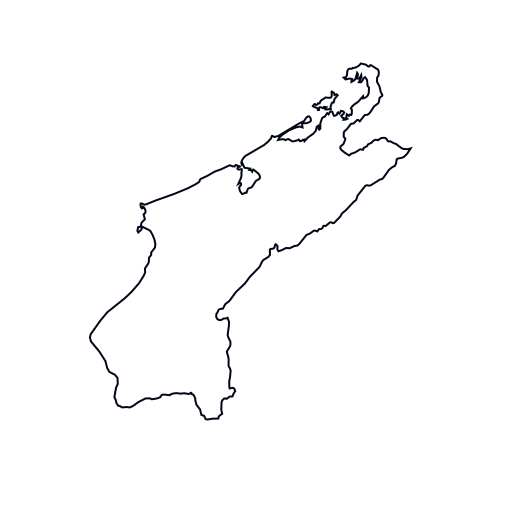 map outline of Rio de Janeiro (Albers equal-area conic projection), rotated 156°
{"feature_id": "BRA-627", "entity_name": "Rio de Janeiro", "entity_type": "State", "adm_level": 1, "iso_a3": "BRA", "parent_name": "Brazil", "parent_adm1": "", "projection": "albers", "projection_center": [-43.333, -22.065], "detail": "fine", "context": "isolated", "style": "outline", "palette": "ink", "viewbox_px": 512, "rotation_deg": 156, "n_neighbors": 0, "source": "natural_earth", "source_scale": "10m", "svg_char_len": 6083}
<svg xmlns="http://www.w3.org/2000/svg" viewBox="0 0 512 512"><g transform="rotate(156 256 256)"><path d="M442.8,175.3L443.3,178.4L442.7,181.7L442.8,184.7L437.4,192.6L434.3,195.4L432.1,201.0L433.2,204.9L437.1,209.8L437.5,214.3L436.3,221.3L437.9,232.1L441.5,245.0L440.9,249.1L438.7,251.9L424.6,260.2L414.7,265.1L393.3,270.7L384.7,273.7L374.0,278.7L366.8,283.5L363.9,286.1L362.6,289.7L357.7,292.8L356.3,294.2L354.5,297.9L351.3,299.6L350.3,301.9L345.0,304.7L343.1,307.7L342.1,312.3L341.9,317.3L342.3,321.7L343.3,323.4L347.9,328.9L350.1,326.7L354.0,325.3L354.1,327.2L352.0,330.3L350.2,329.7L349.0,330.4L346.8,333.1L342.5,334.8L341.8,339.8L339.6,340.4L338.8,341.6L338.3,343.7L338.6,345.9L339.3,347.0L340.2,345.8L340.8,345.8L341.2,347.3L341.1,348.5L340.1,350.8L338.8,350.3L337.1,348.3L335.9,347.9L324.8,347.5L305.6,346.0L290.8,345.6L282.0,346.1L277.7,346.8L276.0,348.6L275.1,348.9L268.1,349.0L259.2,349.9L252.6,349.4L243.1,349.6L240.8,347.4L239.1,346.5L237.6,347.4L233.7,343.9L236.3,344.6L237.4,343.6L237.4,342.7L236.7,342.0L233.8,341.2L234.1,340.0L235.6,337.8L236.5,335.3L238.4,333.0L242.9,329.0L241.1,329.2L240.3,328.8L240.3,328.0L240.8,326.9L242.9,326.0L243.8,324.8L244.2,321.6L243.5,318.3L242.3,318.0L239.9,318.2L239.0,317.6L236.3,320.5L235.2,320.9L232.7,320.5L231.7,320.7L225.5,324.7L221.8,325.0L220.4,326.0L219.9,328.2L220.3,330.3L223.2,336.0L223.9,336.0L225.2,334.6L225.6,336.4L227.1,337.4L225.8,338.2L230.7,341.4L230.7,346.0L231.7,345.3L231.6,347.1L229.9,349.1L227.4,350.7L225.2,351.7L203.5,354.1L198.9,355.4L194.5,357.3L192.7,359.2L192.2,359.1L190.9,357.3L187.0,356.6L163.1,359.5L157.1,359.8L153.9,361.9L152.0,362.4L150.5,361.8L150.1,359.5L150.7,357.4L152.1,356.6L155.6,356.7L158.8,358.1L159.9,358.0L160.4,357.5L161.2,354.5L163.3,356.4L166.9,357.2L174.6,357.4L182.4,356.1L186.5,354.7L188.6,353.0L184.6,352.1L182.8,351.0L182.1,349.9L180.6,350.0L178.8,349.6L176.2,346.0L174.8,345.4L170.5,344.8L169.6,345.0L169.0,342.9L167.6,342.7L165.7,343.0L163.7,342.5L165.1,341.8L165.1,341.1L160.2,343.2L154.0,344.4L150.4,346.1L147.9,349.4L146.1,349.7L147.1,346.6L146.8,345.7L145.5,346.1L143.3,351.0L139.9,354.7L138.7,355.4L136.4,355.4L133.1,357.5L132.7,357.5L132.1,355.9L129.9,357.5L128.3,357.3L127.7,356.9L127.8,352.4L127.0,352.1L125.0,352.0L123.3,353.6L122.4,353.8L122.0,352.0L120.6,352.8L119.4,354.1L117.3,352.4L117.1,351.1L118.3,350.2L121.1,349.4L121.1,348.5L120.6,347.0L119.6,346.3L119.5,345.8L120.6,344.9L118.8,344.2L116.7,344.2L117.3,345.8L115.4,348.5L114.2,346.3L112.8,347.1L111.6,346.1L110.5,347.2L108.9,350.7L109.3,352.2L107.3,353.6L104.5,354.5L100.0,355.3L93.3,358.4L93.9,356.4L90.8,356.3L88.5,357.2L86.8,358.9L84.2,363.9L84.9,365.9L83.2,370.9L83.0,372.1L83.6,375.0L85.4,374.6L87.6,372.9L89.5,372.0L91.3,372.9L86.9,376.5L86.3,378.5L88.6,376.6L90.1,376.3L91.5,377.0L89.3,379.9L88.9,380.9L89.1,382.2L92.6,377.9L93.8,376.9L95.5,376.4L98.0,376.2L97.3,377.5L96.2,378.4L97.9,379.9L102.4,380.9L103.3,383.3L101.2,382.7L99.5,384.0L97.5,387.6L95.5,389.2L93.9,388.9L92.4,388.1L91.0,388.4L89.5,387.8L86.9,387.7L84.1,388.2L81.9,389.2L78.0,386.3L76.2,383.3L75.2,383.1L74.4,383.8L73.3,383.5L68.7,376.6L68.9,374.2L70.5,371.2L72.7,369.8L74.6,366.0L74.2,360.8L75.3,355.1L75.1,351.6L75.4,351.1L78.8,350.2L80.9,347.0L82.2,345.8L87.4,344.6L92.5,341.2L95.0,340.0L96.7,339.7L99.4,340.5L106.4,336.8L107.3,338.7L108.3,339.1L112.8,337.4L115.5,338.1L121.6,334.8L124.7,333.9L125.7,332.8L127.1,329.9L127.3,328.7L126.7,327.2L127.0,326.2L130.5,322.8L134.4,321.6L135.2,320.0L134.8,318.0L132.9,314.3L130.1,310.1L129.7,309.9L127.8,310.7L123.4,310.3L117.3,311.1L115.1,309.5L113.6,310.9L109.8,311.2L108.3,312.4L104.5,312.5L102.7,313.3L100.6,313.7L99.1,313.4L97.6,312.2L93.5,312.8L90.7,311.8L89.5,310.8L88.7,307.2L88.3,306.7L86.7,306.2L84.5,303.3L82.5,301.4L79.5,295.9L78.1,294.0L73.7,291.8L71.0,291.4L76.4,287.9L80.6,286.4L82.9,286.4L87.1,287.4L88.2,287.0L90.3,283.7L92.3,281.9L96.0,281.6L99.5,280.6L108.1,275.5L109.2,275.1L112.0,275.4L122.5,273.9L124.2,274.3L125.8,275.5L127.5,275.7L138.6,269.9L141.5,266.7L142.2,266.3L144.3,265.9L155.7,261.1L159.0,260.3L160.6,259.6L163.1,257.7L171.1,254.5L172.3,254.6L173.6,256.2L174.9,256.6L180.0,255.1L182.1,256.1L184.2,254.4L185.5,254.2L187.5,254.9L190.0,253.5L191.7,255.2L193.0,255.6L197.3,254.6L201.3,254.7L211.0,249.7L213.4,248.8L214.9,248.9L216.9,249.5L222.1,249.4L225.3,251.1L230.4,250.9L233.5,251.2L233.8,252.1L233.6,253.9L232.3,256.2L233.1,258.7L234.2,258.3L235.4,256.6L236.4,255.9L237.6,255.8L239.9,256.5L240.7,256.3L242.8,251.3L245.0,250.2L251.0,249.3L252.6,248.5L257.2,244.6L270.0,239.5L277.1,235.5L289.1,231.2L298.5,225.8L303.7,224.5L307.6,221.4L310.4,222.2L311.5,222.2L312.6,221.6L314.4,219.9L315.6,219.4L317.1,216.7L317.1,214.6L316.2,212.9L314.3,211.7L310.8,212.0L309.0,211.2L307.1,211.1L307.4,206.9L309.3,203.0L314.0,195.5L314.4,192.7L314.2,188.1L315.6,185.1L316.2,184.3L321.6,180.5L322.4,175.0L323.0,172.8L325.8,166.7L325.5,164.1L325.8,161.6L329.1,155.7L331.4,152.5L333.8,146.8L333.9,145.7L331.3,145.2L330.4,144.7L329.8,143.3L329.9,141.1L332.2,139.6L334.6,137.3L337.1,138.2L341.0,137.5L342.1,138.5L343.2,138.7L345.7,137.8L347.0,136.3L350.2,129.8L351.1,125.6L354.5,124.9L355.7,124.1L356.5,122.8L361.7,125.0L366.9,126.4L368.4,127.5L368.4,131.1L370.5,133.0L369.5,138.7L370.9,144.2L370.1,149.1L369.4,150.6L369.6,154.7L370.9,156.0L370.7,157.3L371.0,157.5L373.5,157.2L377.3,159.8L380.8,160.9L384.9,163.3L389.4,164.4L391.4,163.9L395.6,166.4L397.8,167.3L398.9,167.3L401.0,165.9L404.6,166.2L409.5,167.5L410.8,169.1L414.9,170.8L422.6,170.4L429.6,169.0L432.9,169.0L435.5,170.6L440.0,172.2L441.4,174.3L442.8,175.3ZM139.7,366.0L142.8,369.1L143.1,369.9L140.7,371.0L140.2,370.7L139.7,369.5L138.0,369.5L137.1,370.3L135.8,369.6L134.1,371.2L132.9,371.7L128.0,372.5L124.6,370.6L123.1,370.4L122.2,370.9L121.3,372.3L120.2,375.3L119.8,375.4L118.4,373.1L118.8,371.1L116.6,371.0L116.0,369.6L120.2,367.6L122.7,364.6L123.9,365.2L125.1,364.4L127.3,361.9L127.9,359.7L128.5,359.6L129.2,360.4L131.1,360.8L133.1,361.8L133.1,362.5L131.2,363.3L133.2,364.6L134.6,363.8L136.1,365.4L137.4,366.0L138.0,365.6L139.1,363.8L140.1,364.2L139.7,366.0Z" fill="none" stroke="#020617" stroke-width="2"/></g></svg>